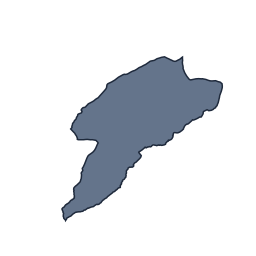 San Fernando, Azuay, Ecuador (Equal Earth projection), rotated 57°
{"feature_id": "8360857B77074182584191", "entity_name": "San Fernando", "entity_type": "district", "adm_level": 2, "iso_a3": "ECU", "parent_name": "Ecuador", "parent_adm1": "Azuay", "projection": "equal_earth", "projection_center": [-79.251, -3.14], "detail": "fine", "context": "isolated", "style": "filled", "palette": "slate", "viewbox_px": 256, "rotation_deg": 57, "n_neighbors": 0, "source": "geoboundaries", "source_scale": "gbopen_adm2", "svg_char_len": 5903}
<svg xmlns="http://www.w3.org/2000/svg" viewBox="0 0 256 256"><g transform="rotate(57 128 128)"><path d="M98.2,43.7L98.2,45.0L98.5,45.8L98.4,46.4L98.6,46.9L98.3,48.8L98.2,50.2L98.1,51.3L97.7,52.3L97.1,53.0L96.3,53.7L94.7,54.6L93.6,55.4L92.6,55.9L90.8,57.1L88.2,58.6L86.9,61.6L86.6,62.9L85.7,65.9L85.6,69.1L84.2,72.6L84.1,73.1L84.1,74.0L84.2,74.6L84.2,75.5L84.3,77.8L84.3,78.8L84.0,80.9L83.9,83.1L83.4,85.8L83.5,88.7L83.4,90.9L82.8,93.3L82.6,95.0L82.5,97.4L82.4,99.2L81.7,100.9L81.3,101.5L80.9,101.8L80.6,103.1L80.3,107.0L80.2,108.2L80.6,112.9L80.6,113.9L80.5,115.3L80.5,116.2L79.9,120.7L80.1,121.6L80.4,122.2L82.1,123.7L82.7,124.3L83.2,125.3L84.0,127.9L85.8,134.6L86.3,136.2L86.4,136.9L86.3,138.0L86.3,139.7L86.6,141.8L86.6,142.5L86.5,144.2L86.1,148.2L86.5,149.4L86.7,150.7L87.1,151.7L87.2,152.3L87.0,153.3L86.5,154.4L86.5,155.1L86.9,156.7L87.1,157.1L87.5,157.5L87.9,157.6L88.7,157.4L89.0,157.5L89.6,158.3L89.8,158.6L89.9,159.2L89.3,161.7L89.3,162.6L89.6,163.0L90.6,164.0L90.8,164.5L90.8,165.0L91.1,165.5L91.9,166.2L92.1,166.5L92.7,168.9L93.0,169.5L93.5,170.1L93.9,171.7L94.2,172.2L95.3,173.1L95.9,174.1L97.0,174.7L97.2,175.1L97.6,176.6L101.5,175.9L103.3,175.5L104.1,175.5L104.8,175.7L106.2,175.5L107.3,175.7L109.0,176.0L109.4,176.2L109.6,176.6L109.9,176.7L110.1,176.6L110.9,175.9L112.3,173.7L113.6,171.7L114.0,170.9L114.3,170.3L114.6,169.7L115.4,168.3L117.5,165.8L118.3,164.4L120.7,161.8L121.1,161.5L121.7,161.5L123.6,161.1L124.3,161.3L124.9,162.4L127.3,166.0L128.4,168.1L129.0,170.1L129.2,171.6L129.3,173.5L129.3,175.2L129.7,176.9L130.9,178.9L134.7,184.2L136.5,187.1L136.9,188.3L137.9,188.7L138.8,188.9L139.3,189.5L140.0,191.3L140.3,191.8L141.0,192.1L141.9,192.4L142.4,192.8L143.6,193.7L144.2,194.2L144.9,194.7L145.5,195.6L147.0,197.3L147.1,197.5L147.3,198.7L147.7,199.7L147.7,200.9L148.0,201.7L148.1,203.2L148.2,204.0L148.6,205.6L148.9,206.2L149.8,207.0L150.9,207.2L151.2,207.8L151.7,208.1L152.6,208.4L153.4,208.8L154.3,209.5L155.1,209.7L156.0,210.0L156.7,210.9L157.1,210.9L157.4,211.0L157.8,212.4L157.5,213.7L157.6,213.9L157.8,214.0L157.6,215.3L157.7,215.9L157.8,216.3L158.3,217.3L158.3,218.0L158.6,218.5L158.5,219.2L158.6,220.3L158.4,220.7L158.6,221.6L158.5,222.1L158.7,222.9L159.0,223.4L159.5,224.6L159.4,225.9L159.7,227.1L159.9,227.4L160.1,227.6L160.7,227.6L161.4,227.9L162.7,228.0L163.2,228.4L164.5,228.5L165.4,229.4L166.5,230.2L167.0,230.5L167.9,230.6L168.7,231.0L169.9,230.9L170.6,230.5L171.6,230.8L170.9,229.1L170.4,228.4L170.2,228.1L170.2,227.8L170.4,226.8L170.4,226.4L170.4,225.5L170.7,224.0L170.6,223.0L170.3,222.0L170.3,221.4L170.1,220.8L170.1,220.3L170.2,219.7L170.1,219.0L170.2,217.8L170.3,217.3L170.6,217.0L170.8,216.2L171.2,215.7L171.4,214.9L172.2,213.9L172.5,213.0L172.6,212.5L172.9,212.0L173.2,211.2L173.2,210.9L173.0,210.2L173.0,209.8L173.0,209.4L173.5,208.6L173.4,207.5L173.4,206.4L173.3,205.9L173.3,205.4L173.7,204.9L173.7,204.3L173.9,204.0L173.9,203.3L174.1,202.9L174.3,201.7L175.0,200.1L175.1,199.5L174.9,198.2L174.9,196.6L175.0,195.8L175.2,195.4L175.5,195.3L175.8,195.0L176.1,193.6L175.8,192.2L175.9,191.2L175.5,190.5L175.0,188.9L174.9,188.3L175.0,187.5L174.8,187.0L174.7,186.2L174.8,185.4L174.9,183.9L174.3,182.2L174.4,181.2L174.2,180.6L174.1,178.5L174.0,177.6L173.9,176.2L173.6,175.7L173.6,175.4L173.9,174.1L173.9,173.3L173.8,173.0L173.5,172.5L173.5,172.2L173.7,171.5L173.5,170.8L173.5,170.3L173.3,169.9L173.1,168.9L173.2,168.1L173.6,167.2L173.6,166.8L173.3,166.5L172.7,166.3L172.2,166.0L172.1,165.5L171.7,165.2L171.6,164.5L171.4,164.3L171.3,163.8L171.0,163.6L170.6,163.6L170.3,163.3L170.1,163.0L169.8,161.8L169.7,161.6L169.1,161.3L169.0,161.1L168.8,160.5L168.9,159.9L168.9,159.1L168.5,158.0L168.2,157.6L168.0,156.5L167.4,156.1L166.9,155.5L166.3,155.3L165.4,154.7L165.2,154.1L164.8,153.7L164.1,153.4L163.3,152.9L162.9,152.5L162.8,152.2L162.6,151.1L162.4,150.4L161.7,149.8L161.6,149.6L161.7,148.9L161.6,148.5L161.7,148.0L162.5,146.9L162.7,146.2L163.1,145.9L163.2,145.2L163.2,144.5L163.1,144.1L162.7,143.7L161.9,143.7L161.5,142.8L161.0,142.0L160.9,141.3L161.0,140.4L161.0,139.5L160.6,137.9L160.2,135.7L159.6,133.5L158.5,132.0L158.0,131.9L156.6,132.2L155.7,132.1L154.6,132.4L154.4,132.0L154.0,131.8L153.9,131.5L154.1,130.6L154.1,129.8L154.0,129.2L154.1,128.7L153.7,125.4L153.4,124.6L153.4,124.2L153.6,123.9L154.1,123.8L154.2,123.6L154.5,123.6L154.6,122.8L154.7,121.5L155.2,120.9L155.2,120.2L156.0,119.5L156.1,119.2L156.2,118.4L155.9,118.0L155.8,116.4L156.2,115.6L156.8,115.1L158.0,113.8L158.4,113.6L158.5,113.4L158.6,113.0L158.6,112.5L158.9,112.1L159.0,111.3L159.2,111.2L159.5,111.1L159.7,110.9L159.8,110.2L160.5,109.7L160.9,109.2L161.5,107.9L161.6,107.3L161.9,106.9L161.8,106.4L162.1,105.6L162.0,105.3L161.3,104.6L161.1,104.2L161.1,103.7L160.9,103.3L160.7,102.5L160.9,102.0L160.9,101.3L160.7,101.1L160.3,101.1L160.2,100.8L160.3,100.4L160.5,100.2L160.8,100.1L160.9,99.7L161.1,98.1L160.9,97.0L159.8,95.0L159.5,94.9L158.8,94.7L158.7,94.1L158.2,93.9L158.0,93.5L157.2,92.8L157.0,92.4L157.1,91.7L157.2,91.4L158.6,89.8L159.2,88.9L159.6,86.8L159.5,85.4L159.5,84.3L159.3,83.4L159.1,82.1L158.5,81.6L158.1,80.8L157.4,79.8L156.8,78.2L156.8,76.5L157.2,75.9L157.3,75.0L156.8,71.8L156.7,71.0L156.3,69.4L156.9,68.9L157.1,68.4L157.5,66.5L157.8,64.0L157.8,62.1L158.0,61.6L158.6,60.8L158.6,60.4L157.2,57.6L156.6,56.9L155.7,56.3L155.4,55.8L155.3,55.5L155.7,52.1L155.7,51.8L156.2,51.4L157.1,51.1L157.6,50.7L157.9,49.8L158.4,48.9L158.6,48.2L158.8,46.5L158.5,45.1L158.7,43.6L158.0,42.5L157.8,41.2L156.8,40.0L155.9,38.6L151.9,34.4L150.8,33.5L147.9,29.6L145.5,27.0L144.1,26.0L142.0,25.0L140.9,25.4L140.1,25.5L139.8,25.7L139.1,26.3L138.2,27.2L136.1,28.7L134.6,31.4L133.7,32.8L133.1,33.5L131.5,34.9L129.7,36.2L127.2,38.8L126.8,39.6L125.0,42.0L123.7,44.4L121.9,49.0L121.5,49.6L120.7,50.0L119.6,50.3L118.7,50.3L116.7,50.5L113.3,50.4L112.3,50.3L108.5,49.5L108.0,49.4L107.3,48.8L105.6,48.0L104.6,47.7L102.6,46.7L101.1,45.4L99.6,44.6L98.2,43.7Z" fill="#64748b" stroke="#1e293b" stroke-width="1.5"/></g></svg>